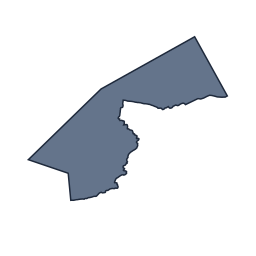 the district of Nkimi, Centro Sur, Equatorial Guinea, rotated 61°
{"feature_id": "11065452B74289865102960", "entity_name": "Nkimi", "entity_type": "district", "adm_level": 2, "iso_a3": "GNQ", "parent_name": "Equatorial Guinea", "parent_adm1": "Centro Sur", "projection": "equal_earth", "projection_center": [10.486, 1.923], "detail": "fine", "context": "isolated", "style": "filled", "palette": "slate", "viewbox_px": 256, "rotation_deg": 61, "n_neighbors": 0, "source": "geoboundaries", "source_scale": "gbopen_adm2", "svg_char_len": 4801}
<svg xmlns="http://www.w3.org/2000/svg" viewBox="0 0 256 256"><g transform="rotate(61 128 128)"><path d="M146.2,127.0L145.5,127.3L145.2,127.5L144.7,127.5L144.4,127.4L144.1,127.0L143.9,126.5L143.7,125.4L143.7,124.8L143.3,124.1L142.8,123.7L142.6,123.8L142.2,123.9L142.0,124.4L141.8,125.1L141.7,125.4L141.3,125.6L141.1,125.6L140.9,125.3L140.7,125.0L140.5,124.7L140.3,124.7L140.0,124.8L139.7,124.2L139.2,124.0L138.9,124.1L137.2,125.5L137.0,125.3L136.6,125.2L136.4,125.2L136.1,125.4L136.0,125.6L135.9,125.7L135.8,126.0L135.6,126.2L135.3,126.2L135.0,126.0L134.9,126.0L134.5,125.8L134.4,125.8L133.8,125.8L133.3,125.6L133.2,125.6L132.5,125.5L132.2,125.6L131.8,125.9L131.7,126.0L130.6,127.2L130.3,127.5L129.7,127.6L129.0,128.0L128.9,128.1L128.6,128.6L128.4,128.9L128.1,128.8L127.8,128.6L127.6,128.4L127.2,128.2L126.6,127.7L125.9,127.4L124.9,127.2L124.7,127.2L124.4,127.4L124.3,127.7L124.2,127.8L123.8,128.7L123.4,129.7L123.2,130.2L122.7,129.5L122.5,129.3L122.1,128.9L121.3,128.6L120.8,128.2L120.6,128.2L120.1,128.2L119.9,128.2L119.8,128.3L119.7,128.4L119.6,128.5L119.4,128.9L119.2,129.2L118.9,129.3L118.7,129.4L118.6,129.5L117.9,130.4L117.9,130.5L117.5,131.2L117.5,131.3L117.1,131.3L116.7,131.5L116.4,131.5L116.2,131.5L116.1,131.4L116.1,131.5L115.3,131.7L114.9,131.9L114.7,131.8L114.3,131.5L114.0,131.2L113.8,130.8L113.8,130.2L113.7,130.0L113.6,129.9L113.2,129.3L113.1,129.2L112.0,128.4L111.4,128.0L110.0,126.9L109.0,126.3L108.2,125.6L107.4,125.2L107.0,124.7L106.9,124.5L106.8,124.3L107.2,123.3L107.2,123.2L107.2,122.9L107.2,122.7L106.9,122.2L106.4,121.8L106.0,121.5L105.9,121.4L105.5,121.2L105.2,121.1L104.8,121.1L104.5,121.0L104.4,121.0L101.3,118.7L102.4,117.1L103.4,116.0L104.1,115.5L104.2,115.4L106.5,111.9L107.3,110.9L108.2,109.8L108.7,109.4L108.8,109.3L108.9,109.2L109.3,108.5L110.3,107.4L110.4,107.2L110.8,106.4L111.2,106.0L111.3,105.9L111.7,105.1L112.2,104.6L113.3,103.5L114.0,102.8L114.5,102.2L115.0,101.3L116.0,99.9L116.9,98.8L117.5,98.2L117.9,97.5L118.5,97.1L119.0,96.7L119.5,96.3L120.1,95.7L120.5,95.3L120.9,94.9L121.7,94.5L121.8,94.4L122.4,93.8L122.7,93.5L123.1,93.2L123.7,92.8L124.1,92.4L124.5,92.3L124.9,92.3L125.0,92.2L125.3,92.1L125.7,91.3L125.9,90.9L126.0,90.8L126.2,90.2L126.4,89.9L126.8,89.4L127.2,89.2L127.6,89.1L128.4,88.9L128.5,88.9L128.6,88.7L128.8,88.5L128.8,88.4L128.8,88.2L128.9,87.3L128.9,87.2L128.7,86.4L128.6,86.2L128.4,85.7L128.6,85.4L128.9,84.8L128.9,84.7L128.9,84.4L128.9,84.2L128.8,83.6L128.8,82.7L128.8,82.4L129.0,82.4L129.6,82.3L129.9,82.2L130.0,82.2L130.9,81.8L131.0,81.7L131.2,81.3L131.5,80.4L131.5,80.2L131.5,79.6L131.5,79.4L131.4,79.2L131.0,78.2L130.9,78.1L130.8,77.9L131.0,77.3L131.0,77.2L131.0,76.2L131.0,75.5L131.1,75.1L132.0,74.2L132.5,73.7L132.6,73.4L132.7,72.6L132.7,72.3L132.6,71.8L132.5,71.1L132.5,70.5L132.6,69.3L132.8,68.3L133.1,67.6L133.7,67.0L134.5,66.6L135.4,66.4L136.2,52.6L137.9,50.3L138.5,47.2L138.6,43.6L138.9,40.8L140.2,38.9L142.3,36.6L144.1,34.8L146.5,31.1L147.8,28.5L148.1,28.0L148.1,25.6L80.5,25.5L80.8,132.6L107.4,230.5L138.5,202.3L139.2,202.5L163.5,213.1L163.9,212.2L164.2,211.7L164.6,211.1L164.9,210.4L165.2,209.5L165.5,208.5L165.8,207.6L166.2,206.9L166.4,206.2L167.2,204.0L168.3,201.7L168.7,201.3L169.0,200.8L168.8,200.2L169.1,199.2L169.7,198.2L169.7,197.0L169.8,196.1L170.3,195.2L170.6,194.0L170.9,193.0L171.1,191.7L171.3,190.8L171.9,189.8L172.3,188.6L171.1,185.0L171.0,184.4L171.2,182.7L171.3,182.5L172.0,182.1L172.3,181.9L172.5,181.5L172.6,181.2L173.2,179.6L173.3,179.2L173.2,178.9L172.9,178.7L172.3,178.1L172.2,177.6L172.2,177.3L172.4,176.5L172.8,176.0L172.8,175.6L172.7,174.4L172.6,173.2L172.9,172.3L173.2,171.1L173.9,170.2L174.5,169.0L174.4,168.5L174.5,168.1L174.9,167.5L175.3,166.9L175.5,166.6L175.4,166.0L174.8,165.3L174.4,165.1L174.0,165.0L173.5,165.0L173.0,165.0L172.7,164.8L172.3,164.6L172.1,164.6L171.7,164.9L171.3,164.7L170.9,164.5L170.7,164.4L170.3,164.8L169.5,165.7L169.3,166.2L168.9,166.1L168.3,165.4L167.8,164.8L167.5,164.4L166.9,163.7L166.3,162.4L166.4,161.6L166.4,161.0L166.2,159.8L166.0,157.5L166.0,157.1L166.0,156.7L166.0,156.2L166.6,154.8L167.0,154.7L167.2,154.2L167.4,153.4L167.1,151.5L166.7,151.0L166.1,151.1L165.7,150.9L165.3,150.4L164.5,150.8L163.9,151.5L163.7,151.9L163.4,152.2L163.0,152.5L162.6,152.5L162.4,152.2L162.3,151.7L162.2,151.2L162.0,150.8L161.7,150.7L161.2,151.1L160.8,151.2L160.4,151.5L160.1,151.3L159.4,151.0L158.8,150.3L159.0,149.8L159.1,148.3L159.0,148.1L158.8,147.8L158.4,146.9L158.4,145.9L158.2,145.8L157.6,146.0L157.5,145.5L157.3,144.9L156.8,145.0L156.3,144.9L155.2,144.6L154.3,143.7L154.1,143.2L153.7,142.3L152.8,141.9L152.0,141.0L151.5,140.6L151.0,139.4L150.7,138.5L150.4,137.3L150.3,135.7L150.1,134.2L150.2,133.6L150.1,132.4L150.1,131.6L149.7,130.5L149.7,130.0L149.2,129.5L148.5,128.5L147.7,127.8L146.7,127.5L146.5,127.3L146.2,127.0Z" fill="#64748b" stroke="#1e293b" stroke-width="1.5"/></g></svg>